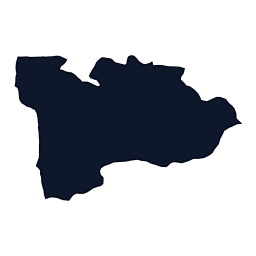 Kormakitis, Cyprus (Robinson projection)
{"feature_id": "46923920B82125334474321", "entity_name": "Kormakitis", "entity_type": "district", "adm_level": 2, "iso_a3": "CYP", "parent_name": "Cyprus", "parent_adm1": "", "projection": "robinson", "projection_center": [32.97, 35.339], "detail": "fine", "context": "isolated", "style": "filled", "palette": "ink", "viewbox_px": 256, "rotation_deg": 0, "n_neighbors": 0, "source": "geoboundaries", "source_scale": "gbopen_adm2", "svg_char_len": 2515}
<svg xmlns="http://www.w3.org/2000/svg" viewBox="0 0 256 256"><path d="M166.2,166.4L170.9,162.3L174.0,161.4L176.5,161.7L181.6,162.5L185.5,161.4L189.1,160.1L193.3,158.1L198.4,158.1L204.0,157.3L209.3,154.6L212.1,152.4L213.8,149.3L215.7,146.9L218.2,143.6L219.4,139.2L221.0,136.1L222.4,133.4L223.8,130.4L228.6,127.3L232.0,126.0L234.5,124.6L237.3,123.5L240.6,123.2L235.9,118.8L235.6,113.6L233.9,108.9L231.7,106.2L228.9,104.0L227.4,102.1L225.5,99.6L219.9,97.6L216.6,97.6L211.8,99.8L206.8,102.0L200.9,100.7L199.5,97.4L197.8,94.3L194.4,90.5L190.0,87.2L186.0,86.1L183.5,83.1L180.2,80.0L180.4,76.7L183.0,73.2L184.1,68.8L179.3,67.4L173.4,67.1L170.4,67.1L165.9,66.6L162.0,65.7L157.2,65.7L152.7,66.0L151.9,62.4L149.4,63.8L145.4,64.9L142.6,64.4L138.7,61.9L136.8,59.4L134.2,56.7L132.5,56.0L130.7,56.0L128.6,57.1L127.9,59.2L127.2,62.2L127.2,64.0L125.2,65.5L122.1,64.8L117.7,63.6L115.3,63.1L112.8,61.1L111.6,59.6L109.8,59.0L106.0,58.5L104.2,58.1L101.7,58.1L98.3,61.0L96.7,62.9L95.8,65.0L94.6,67.3L92.9,69.8L91.0,73.3L89.7,75.9L90.8,77.5L94.6,78.9L97.1,79.6L99.6,83.0L100.8,84.5L99.4,87.0L97.1,86.8L95.1,85.9L92.9,84.9L90.6,83.7L87.4,82.4L84.2,82.3L81.8,82.3L80.0,80.1L76.8,77.5L75.2,75.6L71.4,73.1L68.9,72.8L65.2,72.0L63.0,70.8L60.7,70.3L58.7,69.6L60.7,65.7L62.5,64.5L64.8,62.4L66.4,59.9L64.3,58.7L61.9,57.8L59.6,56.7L57.8,56.4L54.1,56.7L51.7,57.1L48.9,57.1L45.3,57.4L43.1,57.1L41.2,57.4L38.1,57.4L33.5,57.6L29.9,57.6L26.8,57.1L24.1,57.3L21.6,57.4L18.2,57.3L17.3,60.3L16.6,63.4L16.4,65.5L16.3,68.5L16.6,71.3L17.2,73.8L16.4,75.9L16.1,78.6L16.1,81.5L15.4,85.8L17.9,87.4L18.9,89.8L19.3,92.6L19.5,94.6L19.7,96.5L19.7,98.3L20.6,100.6L22.2,102.7L24.9,104.4L26.6,105.7L28.6,106.4L31.1,107.1L33.5,108.7L35.4,109.2L36.3,111.3L37.4,113.4L37.8,115.7L38.3,118.3L38.5,121.5L38.8,123.3L39.0,125.5L38.6,127.8L39.0,129.6L39.2,131.4L39.5,133.5L39.5,136.6L39.7,139.1L39.9,141.9L39.7,146.3L39.7,149.7L39.7,152.5L39.7,155.3L39.5,157.9L38.5,160.6L37.4,163.6L36.7,165.9L38.1,167.1L39.7,168.7L40.8,170.6L40.8,174.1L41.9,177.5L41.9,180.8L42.4,184.0L43.1,186.6L43.7,188.6L44.4,191.2L44.6,194.4L45.8,198.3L50.2,196.7L53.3,196.7L57.2,197.2L60.0,198.3L63.1,199.4L68.7,200.0L71.0,196.9L72.9,194.7L76.3,192.8L79.6,193.1L83.3,193.1L86.4,192.0L90.0,189.8L92.5,187.9L96.2,186.5L100.4,185.4L102.6,183.5L102.9,178.0L100.1,174.9L99.2,171.4L100.4,167.8L104.3,165.3L109.3,163.6L113.5,161.7L117.7,161.4L125.8,160.9L131.2,159.8L137.6,159.0L141.5,160.1L146.6,160.6L150.8,162.8L154.7,163.9L161.1,166.1L166.2,166.4Z" fill="#0f172a" stroke="#020617" stroke-width="1.5"/></svg>